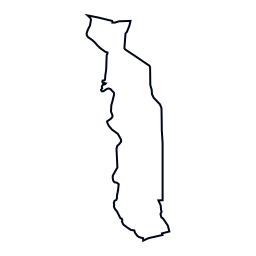 Togo, Mercator projection
{"feature_id": "TGO", "entity_name": "Togo", "entity_type": "country or territory", "adm_level": 0, "iso_a3": "TGO", "parent_name": "Africa", "parent_adm1": "", "projection": "mercator", "projection_center": [0.728, 8.603], "detail": "fine", "context": "isolated", "style": "outline", "palette": "ink", "viewbox_px": 256, "rotation_deg": 0, "n_neighbors": 0, "source": "natural_earth", "source_scale": "50m", "svg_char_len": 1613}
<svg xmlns="http://www.w3.org/2000/svg" viewBox="0 0 256 256"><path d="M130.5,20.9L129.4,25.7L127.0,31.7L125.5,33.6L124.4,48.2L125.2,49.5L125.7,49.8L133.1,54.7L142.7,61.2L149.5,65.8L150.1,67.3L150.2,76.9L150.3,85.1L151.7,89.8L152.0,94.3L153.7,97.8L160.0,104.4L161.5,108.3L161.7,120.8L161.8,130.3L162.6,143.2L162.6,154.0L162.6,167.6L162.6,183.5L162.6,200.2L158.4,200.4L160.7,205.5L161.1,210.2L161.6,211.7L160.5,214.0L161.4,217.4L163.2,218.7L167.8,225.6L169.4,231.5L162.0,233.4L162.5,235.0L148.7,238.1L143.2,240.6L143.1,238.2L141.1,237.7L138.7,236.9L137.1,235.6L135.0,232.7L134.3,230.4L131.0,230.0L127.1,227.4L123.3,224.5L121.9,221.5L122.3,220.1L121.7,218.7L120.4,218.2L117.0,211.5L114.9,208.8L113.9,206.7L114.2,205.0L113.8,202.8L114.5,200.9L116.3,199.9L116.9,198.5L117.0,195.7L118.1,189.9L118.7,184.2L116.8,182.7L114.4,182.2L113.2,180.6L112.7,177.9L112.8,175.6L117.4,167.5L116.5,148.8L117.2,146.0L119.3,144.0L121.1,141.7L121.0,139.5L117.9,133.9L112.0,129.6L109.0,126.1L107.4,123.0L107.1,121.3L110.7,118.9L112.3,117.2L112.5,115.3L111.0,111.7L111.3,105.4L112.6,100.6L114.1,94.5L113.9,92.7L110.4,89.0L108.6,88.5L107.1,88.8L103.4,91.2L102.1,91.4L101.3,90.7L101.0,89.8L102.2,88.3L101.8,86.5L102.8,84.9L105.1,84.2L105.8,83.4L102.7,82.7L102.3,81.6L102.6,80.6L103.4,80.4L104.4,80.4L105.0,79.7L105.4,74.5L105.8,72.6L106.2,69.0L106.7,55.0L107.4,53.6L107.5,52.5L105.3,51.8L100.2,48.1L97.2,45.2L94.6,42.2L92.4,40.2L88.1,37.2L86.8,35.3L86.6,33.4L87.9,29.6L90.0,25.5L91.0,19.6L90.4,18.1L87.6,15.4L97.7,17.4L112.1,20.9L112.4,21.6L112.4,22.6L114.9,22.6L119.1,21.3L130.5,20.9Z" fill="none" stroke="#020617" stroke-width="2"/></svg>